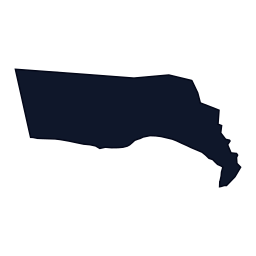 the district of Faysal, As Suways, Egypt
{"feature_id": "37247803B30609980444918", "entity_name": "Faysal", "entity_type": "district", "adm_level": 2, "iso_a3": "EGY", "parent_name": "Egypt", "parent_adm1": "As Suways", "projection": "robinson", "projection_center": [32.277, 30.117], "detail": "fine", "context": "isolated", "style": "filled", "palette": "ink", "viewbox_px": 256, "rotation_deg": 0, "n_neighbors": 0, "source": "geoboundaries", "source_scale": "gbopen_adm2", "svg_char_len": 1129}
<svg xmlns="http://www.w3.org/2000/svg" viewBox="0 0 256 256"><path d="M240.6,167.2L236.9,163.4L236.5,157.5L237.6,155.1L236.5,153.5L231.0,152.9L227.6,144.7L230.0,141.0L229.5,140.2L225.6,139.3L220.7,132.9L221.6,125.6L218.0,124.2L219.0,110.2L200.3,102.9L197.7,92.9L192.1,81.1L191.8,80.6L191.3,80.4L170.1,75.3L168.8,75.0L154.1,76.3L133.9,78.1L83.7,74.3L70.1,73.3L15.5,69.3L15.4,69.3L22.1,99.2L22.5,101.1L24.7,111.0L28.8,129.4L30.6,137.3L33.0,137.4L37.5,138.3L42.7,138.5L48.9,138.7L55.1,138.9L60.1,139.5L64.2,140.2L69.3,141.1L76.8,142.7L83.6,144.1L90.0,144.7L95.6,145.9L99.8,148.4L105.3,147.2L111.5,147.7L118.1,147.6L122.9,147.2L127.2,146.1L129.6,144.8L132.3,142.5L134.7,140.3L137.6,139.2L140.2,138.4L143.1,137.0L150.0,135.6L155.6,135.8L161.2,136.5L167.2,137.9L172.3,139.1L176.4,140.7L181.7,143.2L187.1,145.6L191.0,147.5L196.0,149.6L202.1,152.2L205.7,155.1L209.0,158.3L212.7,159.5L215.0,161.9L217.6,164.4L220.8,165.8L222.9,167.1L221.5,172.1L221.2,176.0L220.2,180.6L219.8,181.6L219.6,186.7L220.9,186.5L224.2,185.5L226.5,185.5L232.3,179.5L234.9,176.8L235.7,175.5L240.6,167.2Z" fill="#0f172a" stroke="#020617" stroke-width="1.5"/></svg>